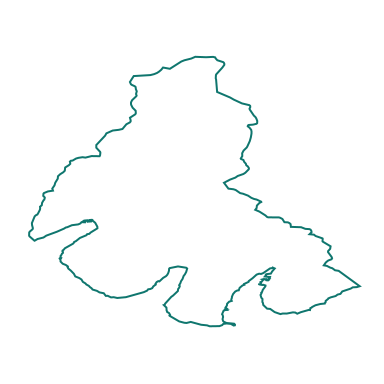 Fjallabyggð, Norðurland eystra, Iceland (Robinson projection), rotated 178°
{"feature_id": "244011B2207988314752", "entity_name": "Fjallabyggð", "entity_type": "district", "adm_level": 2, "iso_a3": "ISL", "parent_name": "Iceland", "parent_adm1": "Norðurland eystra", "projection": "robinson", "projection_center": [-18.797, 66.047], "detail": "fine", "context": "isolated", "style": "outline", "palette": "teal", "viewbox_px": 384, "rotation_deg": 178, "n_neighbors": 0, "source": "geoboundaries", "source_scale": "gbopen_adm2", "svg_char_len": 5966}
<svg xmlns="http://www.w3.org/2000/svg" viewBox="0 0 384 384"><g transform="rotate(178 192 192)"><path d="M164.1,325.7L166.2,326.3L173.2,326.2L184.0,327.0L188.1,325.4L195.0,323.9L198.1,322.8L209.8,315.9L216.6,317.4L218.5,315.2L220.8,313.4L222.8,312.2L225.8,311.1L229.5,310.3L246.2,309.9L250.2,304.1L249.3,301.9L248.7,301.3L245.5,299.7L244.7,298.9L244.5,296.7L243.7,294.6L244.5,291.9L244.0,290.3L244.3,289.7L248.7,285.8L249.8,283.7L249.9,282.1L249.7,281.1L248.4,278.3L245.5,275.2L245.4,273.6L245.5,272.3L246.2,271.5L251.4,268.4L250.8,265.7L250.9,264.6L251.7,263.7L255.2,262.0L259.3,257.4L263.0,256.7L269.1,256.2L275.5,253.6L276.9,251.3L286.0,242.3L286.1,239.6L282.4,235.3L282.2,234.4L282.6,231.9L283.1,231.0L291.1,231.4L297.3,230.1L300.2,230.6L304.3,230.1L306.7,229.5L310.2,227.6L312.1,227.4L313.0,226.5L312.7,225.4L312.7,224.4L314.1,223.1L317.9,220.9L318.4,217.7L320.0,216.2L323.1,214.4L325.4,212.4L325.7,210.0L328.3,206.1L329.2,203.4L331.5,200.3L330.9,198.2L336.0,197.6L340.0,196.1L340.5,195.5L340.8,193.3L339.5,191.9L339.3,191.4L339.9,189.5L340.6,189.0L342.2,186.4L342.6,184.0L344.4,182.6L344.3,181.1L344.6,179.6L346.4,176.3L347.3,174.9L349.0,174.1L350.1,173.1L353.1,166.5L353.0,164.5L352.3,161.4L352.6,160.4L355.6,158.0L356.1,157.2L356.3,154.2L356.0,153.4L351.1,148.8L350.8,148.9L348.0,150.4L342.0,151.7L339.1,153.5L328.4,157.0L321.1,159.9L319.4,160.9L317.8,161.2L313.2,163.0L306.8,163.6L304.6,164.5L303.5,165.7L299.1,165.4L300.7,165.9L299.8,166.4L300.0,166.5L301.0,166.0L302.2,166.3L300.8,167.2L299.1,167.3L299.4,166.9L298.9,167.3L296.8,167.3L297.0,166.7L296.6,167.3L294.4,167.3L294.5,167.6L293.4,167.6L293.6,166.6L293.9,166.3L297.2,166.2L298.3,166.0L297.6,166.0L298.2,165.6L297.4,166.0L293.7,166.1L293.1,167.6L292.7,167.5L292.9,166.9L291.9,166.5L289.8,164.6L287.8,160.6L287.8,159.0L294.8,155.0L296.0,153.8L298.3,153.5L299.0,152.5L305.6,150.0L309.8,146.9L311.5,146.2L311.6,145.7L312.7,144.5L321.0,140.2L322.2,138.8L323.4,138.0L323.6,137.4L323.1,136.7L323.1,135.7L324.1,134.9L324.7,133.7L325.6,132.6L325.5,131.8L325.9,131.0L325.5,130.8L326.2,130.4L325.6,130.0L326.2,129.5L325.8,128.9L325.8,127.1L323.7,124.8L320.7,123.5L318.7,122.0L318.6,121.7L319.0,121.4L318.3,119.8L315.9,117.7L312.9,114.4L311.6,111.7L307.6,109.9L305.5,108.4L304.2,106.0L301.6,104.3L300.9,103.3L298.4,101.8L297.1,100.3L295.8,99.4L294.8,98.0L290.4,96.5L288.0,94.9L283.7,93.9L281.8,91.2L279.9,91.2L276.6,89.5L273.9,89.6L270.4,88.7L261.7,89.2L243.6,93.6L240.3,95.0L239.2,96.3L237.1,96.5L235.1,97.3L233.9,99.1L231.5,100.7L231.8,101.3L230.5,103.2L228.8,104.1L227.7,103.8L223.8,107.2L220.9,108.8L219.6,110.1L218.6,111.8L217.8,114.0L217.5,116.2L217.0,116.7L208.6,118.1L200.4,116.5L199.5,115.7L200.6,112.3L202.0,109.9L203.3,108.4L204.5,105.4L206.1,103.2L206.8,101.3L208.1,99.3L207.5,98.4L208.1,96.9L209.2,95.6L209.6,93.5L214.6,89.1L216.3,88.0L222.8,81.3L223.2,80.3L224.1,80.0L221.6,77.4L221.5,74.4L221.1,73.6L221.1,73.1L219.1,71.7L218.2,69.9L218.8,69.2L218.6,69.0L209.3,63.1L204.3,61.6L202.0,61.3L197.8,62.2L187.5,59.0L181.6,58.2L179.0,57.2L169.3,57.0L166.5,57.9L165.3,59.1L161.9,59.4L157.7,58.8L155.0,57.1L153.8,57.3L153.7,58.0L154.5,58.9L162.1,59.9L164.9,61.3L165.5,62.1L165.9,63.9L165.3,66.0L165.6,67.8L166.2,68.8L164.6,72.2L162.8,72.9L161.8,72.9L163.0,73.8L162.4,74.3L161.2,74.2L162.5,75.4L161.1,77.3L160.8,79.1L158.7,81.1L156.1,81.8L156.5,82.6L156.4,83.5L155.8,84.9L155.8,85.8L154.5,88.6L152.3,91.0L150.2,92.0L148.7,92.1L147.7,94.6L144.7,96.9L143.1,97.4L143.3,97.7L143.3,98.2L138.6,100.2L138.4,101.0L134.5,103.7L130.3,107.2L127.8,108.0L125.8,107.7L123.6,108.5L116.7,112.9L114.4,113.2L114.0,113.7L112.0,112.7L114.7,109.8L116.0,107.7L120.3,107.3L121.0,107.0L120.8,106.5L122.1,105.0L118.7,104.5L118.9,103.7L118.6,104.5L117.0,104.4L117.4,103.3L118.3,103.4L118.2,103.0L117.7,102.9L118.4,102.9L117.5,102.7L118.4,101.6L119.0,101.5L118.6,101.3L119.0,101.0L119.9,101.1L119.6,101.6L121.2,101.8L121.0,102.3L121.3,102.3L121.5,101.8L122.3,102.4L123.3,102.5L124.6,102.2L123.8,101.8L125.9,99.6L126.8,99.6L127.4,98.9L126.6,99.4L125.9,99.4L126.0,98.9L126.5,98.8L126.5,97.6L126.1,97.5L127.4,97.2L129.0,97.8L127.4,97.1L124.8,96.6L124.1,96.8L121.8,96.0L121.8,95.5L122.3,94.7L124.7,91.7L125.5,89.6L126.3,88.9L126.1,88.3L127.1,86.7L126.4,83.9L125.3,82.6L125.5,79.6L125.0,78.7L124.7,76.6L121.0,72.8L117.9,72.4L113.6,69.1L107.9,66.9L105.5,67.4L101.6,67.2L95.3,68.2L92.9,67.9L91.1,66.7L87.4,68.1L79.3,70.1L78.2,69.9L77.7,71.9L76.6,72.2L76.1,72.8L72.6,74.5L67.6,75.6L63.2,75.9L63.1,76.5L62.4,77.0L62.2,78.5L59.7,80.4L59.5,80.9L56.9,81.9L52.1,83.0L50.1,84.4L47.2,85.0L45.3,87.4L36.8,89.9L34.7,91.1L30.6,91.2L27.7,92.0L48.2,108.1L51.8,108.8L54.4,110.9L56.5,111.6L59.7,113.4L62.8,114.1L60.8,116.8L59.6,117.8L58.2,118.8L54.9,119.9L54.3,120.9L54.8,122.3L58.1,127.1L58.1,128.1L55.9,130.4L55.4,132.9L63.0,137.8L63.3,138.2L63.0,140.7L63.2,141.1L70.0,143.7L71.6,145.1L76.0,145.7L73.9,147.7L74.1,149.0L74.8,150.2L75.9,150.8L80.0,151.2L84.2,153.0L94.4,153.7L94.6,156.4L95.7,157.5L97.2,158.3L100.7,158.6L102.6,161.9L104.9,163.2L106.1,163.6L116.7,164.0L117.8,164.4L119.4,166.0L125.2,170.0L129.4,172.0L128.0,173.7L127.6,176.2L125.0,178.7L123.1,179.6L123.2,179.9L127.7,182.2L130.3,182.9L132.9,184.1L136.1,186.4L141.1,188.5L143.9,189.2L148.3,192.5L150.5,193.3L155.5,194.1L159.7,200.1L153.7,203.0L148.1,204.9L145.8,206.4L140.0,208.2L138.0,209.4L134.6,212.6L134.3,213.2L134.4,214.1L135.4,215.7L136.8,216.8L137.2,218.4L138.8,220.3L139.5,222.2L141.9,223.3L142.1,223.7L140.5,226.1L140.5,229.0L139.0,231.6L135.7,234.6L134.9,236.0L132.5,240.8L131.3,244.5L130.5,248.3L130.4,250.4L130.7,252.1L132.4,254.4L134.0,255.7L133.8,256.5L133.0,257.0L128.6,257.2L125.2,257.9L124.5,258.5L124.3,260.7L125.2,263.3L126.0,264.7L127.5,266.2L131.4,272.4L131.6,273.3L130.9,274.5L130.8,275.4L130.9,276.1L131.7,276.8L139.0,278.8L146.9,282.8L150.6,285.1L163.4,291.1L164.0,303.6L164.3,304.8L164.0,308.0L163.7,308.7L157.4,315.2L155.3,317.9L155.2,318.9L155.7,320.2L156.3,320.7L162.1,322.8L163.7,324.7L164.1,325.7Z" fill="none" stroke="#0f766e" stroke-width="2"/></g></svg>